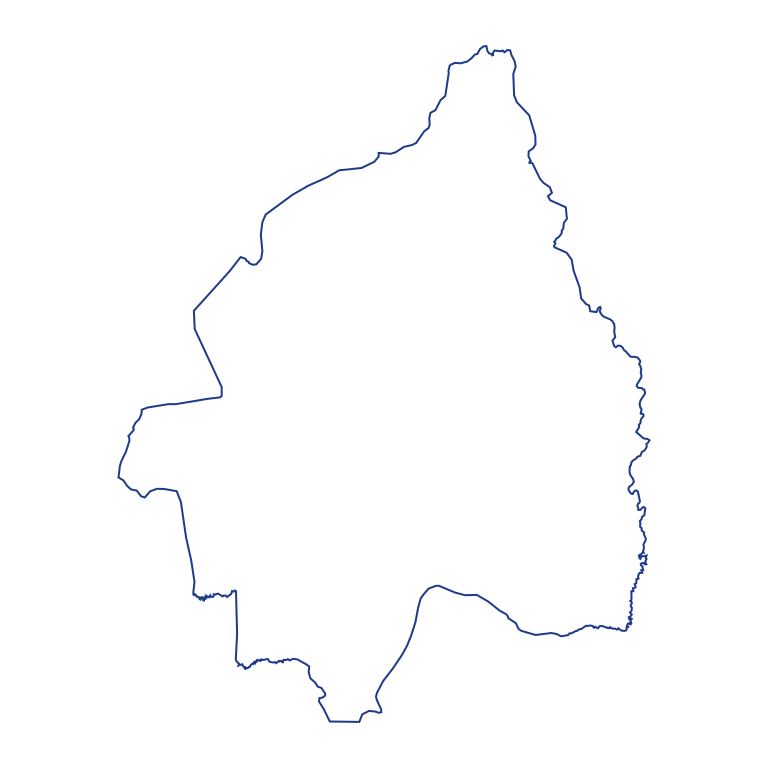 outline of Pangi, Maniema, Democratic Republic of the Congo
{"feature_id": "63176286B98681964412172", "entity_name": "Pangi", "entity_type": "district", "adm_level": 2, "iso_a3": "COD", "parent_name": "Democratic Republic of the Congo", "parent_adm1": "Maniema", "projection": "orthographic", "projection_center": [26.781, -3.132], "detail": "fine", "context": "isolated", "style": "outline", "palette": "blue", "viewbox_px": 768, "rotation_deg": 0, "n_neighbors": 0, "source": "geoboundaries", "source_scale": "gbopen_adm2", "svg_char_len": 6096}
<svg xmlns="http://www.w3.org/2000/svg" viewBox="0 0 768 768"><path d="M430.5,112.8L429.3,118.0L429.7,124.9L428.4,128.2L424.4,131.1L416.1,143.0L411.7,145.1L403.9,146.9L395.6,152.3L390.5,153.8L378.6,152.9L378.7,156.6L374.3,161.8L361.4,168.0L339.2,170.3L327.2,177.2L308.3,185.7L292.6,194.7L265.7,214.5L262.4,222.2L260.8,234.6L262.4,251.3L261.1,258.9L256.2,264.4L252.6,264.7L249.1,263.2L248.8,262.0L246.3,260.7L246.2,259.6L245.4,258.7L240.6,257.1L229.5,271.3L193.9,310.8L194.7,329.0L221.7,387.1L221.7,396.0L219.9,397.4L207.8,398.8L176.0,404.1L168.6,404.1L147.7,407.5L141.8,409.7L141.4,414.1L139.6,418.2L138.9,419.5L135.3,423.0L133.1,427.6L133.7,428.7L133.6,430.2L128.4,436.2L129.2,437.4L129.4,440.9L126.0,451.5L121.3,461.3L119.9,466.0L118.5,477.4L123.4,480.4L127.2,486.0L131.0,489.4L136.7,490.6L141.2,496.3L144.8,497.5L150.2,491.3L156.9,488.8L164.3,489.0L176.7,491.2L180.9,502.0L186.1,537.6L191.2,560.4L194.5,582.0L193.3,592.6L193.5,594.7L193.9,594.9L193.9,594.0L194.6,594.0L196.5,595.5L196.4,596.1L197.3,597.0L199.1,597.2L199.8,598.2L199.4,598.8L200.1,599.4L200.4,598.0L201.5,597.1L202.2,597.3L201.9,598.3L203.2,600.4L203.8,600.5L203.4,598.5L204.5,598.1L205.0,599.0L205.7,598.7L205.6,598.2L205.0,598.2L204.8,597.1L206.4,597.4L206.1,595.7L208.6,597.2L209.7,597.2L209.5,596.1L210.2,595.4L210.3,596.4L212.9,597.0L213.7,595.9L213.7,594.3L215.1,594.6L218.0,593.6L222.8,596.4L223.6,595.6L225.8,595.6L227.1,597.0L231.2,593.9L232.1,591.0L233.6,591.6L235.0,590.5L236.0,591.4L237.1,634.0L235.8,659.6L236.9,661.7L239.3,663.9L238.5,665.5L242.4,664.3L243.4,666.8L245.2,667.1L244.8,668.6L245.6,668.9L246.7,668.0L247.7,668.2L249.1,666.9L249.8,666.9L250.4,665.6L252.0,663.9L252.9,663.4L253.5,664.0L254.0,663.7L254.2,661.9L254.8,661.9L255.4,662.8L255.9,661.4L256.7,661.5L256.8,660.2L257.2,659.9L257.8,660.7L260.1,659.9L260.0,660.7L260.6,660.9L261.5,659.4L262.6,660.0L267.8,659.0L269.6,661.8L272.9,662.5L275.2,662.1L276.2,663.2L278.9,660.9L279.4,661.5L281.0,660.8L282.5,662.3L283.1,662.1L283.0,660.9L283.8,659.8L286.0,660.1L288.0,659.1L289.7,660.4L293.1,658.8L297.3,659.4L306.2,664.3L309.2,666.5L308.7,672.1L310.3,678.2L315.6,683.1L317.7,686.6L321.5,688.0L325.2,693.6L325.1,695.6L322.4,697.7L319.5,698.0L319.0,701.5L323.9,709.3L329.8,721.5L359.3,721.9L362.3,714.3L369.1,710.9L375.5,711.6L378.8,712.8L381.3,712.3L381.1,709.2L376.9,700.2L376.0,696.7L377.0,692.7L383.3,680.8L392.6,668.8L401.9,655.1L407.1,645.6L411.0,636.0L415.4,622.3L418.2,607.4L420.7,598.4L424.3,593.5L428.8,588.5L435.7,585.9L438.7,585.7L455.2,592.6L465.0,595.2L476.8,594.9L488.3,601.6L499.5,610.5L506.3,614.3L508.0,616.5L508.3,618.2L515.8,623.1L518.5,628.8L521.2,630.8L535.6,635.0L551.4,633.0L556.6,634.0L561.2,636.3L568.0,635.1L569.9,633.2L571.3,633.4L576.0,630.9L577.4,630.8L578.8,629.4L581.3,629.0L586.1,625.7L587.5,626.0L590.1,625.5L592.8,626.0L593.7,627.7L594.4,627.7L595.3,626.8L597.8,628.3L599.7,626.2L602.2,625.9L606.1,627.5L606.7,627.3L607.4,628.0L610.0,628.1L610.1,627.3L612.8,628.7L614.9,628.6L617.2,629.6L618.4,628.3L621.3,630.6L624.4,630.9L626.1,630.4L626.7,629.5L626.4,627.9L627.3,627.0L628.1,627.1L628.3,626.7L626.9,625.8L627.9,623.7L628.5,623.4L630.6,624.4L631.2,623.4L630.1,622.7L630.9,621.9L630.5,619.8L631.7,618.9L630.8,618.4L629.4,619.3L628.7,617.3L630.3,616.6L631.8,614.5L630.0,612.5L631.5,610.7L631.8,609.0L631.8,607.6L630.7,606.2L630.9,604.5L631.7,603.8L631.8,602.7L631.3,601.6L630.3,601.0L631.2,600.3L631.5,598.4L631.4,591.2L633.4,591.2L633.0,588.4L633.5,588.6L635.7,587.0L634.6,584.1L636.2,583.3L636.5,579.1L638.1,579.0L638.6,578.3L638.0,577.0L638.8,573.8L639.8,572.9L642.2,572.9L641.3,570.3L643.2,570.2L642.3,566.3L640.9,565.2L640.8,563.8L642.6,562.9L643.8,563.2L644.8,564.4L646.3,564.2L645.3,561.6L646.5,558.8L645.8,558.1L646.5,555.5L643.8,556.4L641.7,555.9L640.3,558.9L639.4,558.2L639.5,556.6L638.8,555.9L639.7,554.7L641.1,554.4L642.6,552.4L643.7,552.6L643.1,550.9L644.0,548.4L643.5,544.4L645.4,540.8L645.9,538.7L643.9,534.3L644.2,532.4L641.7,530.6L641.7,528.2L640.3,527.1L640.1,524.6L640.5,523.5L639.8,521.1L641.5,519.4L642.0,516.9L644.3,515.2L645.3,508.3L643.8,507.0L642.7,507.4L640.4,509.9L638.3,509.9L638.3,508.4L637.4,506.1L637.9,504.0L639.6,502.5L639.9,501.1L637.9,491.6L636.7,490.6L635.2,490.5L633.4,492.4L633.0,493.8L632.0,494.0L630.3,492.9L628.4,489.3L628.9,487.1L632.2,484.5L633.9,481.7L632.9,478.7L630.5,475.3L629.5,472.2L629.8,466.4L630.8,465.3L631.4,462.5L632.6,460.8L636.4,458.3L637.3,456.8L640.4,455.8L641.8,452.1L644.6,450.4L646.4,447.6L646.7,446.7L646.4,443.8L647.8,443.0L649.5,440.3L647.5,439.0L643.6,438.4L636.2,432.0L639.2,427.1L638.8,425.1L640.6,422.8L640.5,420.9L641.6,418.3L643.4,416.3L643.5,414.7L642.5,413.7L641.1,413.9L640.7,413.4L641.5,409.7L641.3,408.4L640.3,407.7L639.6,403.8L640.7,400.1L645.1,393.5L644.3,389.5L643.0,389.4L641.7,388.0L638.1,387.8L636.7,386.0L636.9,384.6L641.4,377.2L641.4,374.9L640.7,372.8L641.3,369.5L640.4,366.2L639.1,364.1L640.2,362.0L640.2,360.8L637.6,357.5L633.8,356.8L631.3,356.9L629.9,356.2L625.6,351.1L624.2,350.3L622.3,347.2L620.4,345.8L618.0,345.6L615.9,347.3L614.1,345.9L612.5,340.6L615.2,337.3L614.2,331.4L614.6,327.8L614.1,323.3L614.0,324.0L612.4,321.2L610.4,319.5L604.1,316.8L602.0,315.2L599.7,311.5L600.7,308.2L600.1,307.0L598.5,307.7L596.4,312.1L590.3,311.2L589.1,305.5L586.1,304.1L581.2,298.5L579.6,287.4L573.6,270.7L571.7,259.7L566.6,252.7L554.5,247.3L554.0,246.0L555.4,243.3L554.2,241.7L555.5,240.5L556.0,239.0L559.0,236.8L561.0,234.2L561.8,232.6L561.7,230.8L563.3,228.5L563.8,223.0L566.9,218.8L565.8,207.3L550.1,200.2L548.0,196.2L551.9,192.8L549.8,187.2L543.4,182.8L540.0,178.8L532.6,163.6L532.1,163.0L529.4,162.8L529.6,161.6L530.7,160.8L528.5,156.4L528.7,151.4L533.3,148.1L535.5,144.4L535.3,135.7L529.2,115.3L516.9,102.3L514.1,95.2L513.3,73.9L515.7,66.5L514.6,61.2L511.5,55.1L510.1,50.3L507.3,50.1L504.6,52.3L502.5,50.5L501.0,51.3L494.5,50.5L493.1,52.6L493.0,55.1L492.4,55.4L491.1,54.0L488.9,53.2L487.4,50.9L486.4,46.1L483.5,46.4L479.9,49.1L477.4,54.0L474.9,54.5L471.6,58.1L467.5,61.4L460.7,63.3L454.9,62.9L450.6,64.8L449.6,65.9L448.5,70.9L448.7,73.4L445.3,95.9L440.5,100.2L435.5,110.1L430.5,112.8Z" fill="none" stroke="#1e3a8a" stroke-width="2"/></svg>